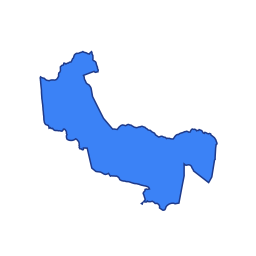 Esplanada, Bahia, Brazil (Robinson projection), rotated 147°
{"feature_id": "56859067B16416208694581", "entity_name": "Esplanada", "entity_type": "district", "adm_level": 2, "iso_a3": "BRA", "parent_name": "Brazil", "parent_adm1": "Bahia", "projection": "robinson", "projection_center": [-37.881, -11.95], "detail": "fine", "context": "isolated", "style": "filled", "palette": "blue", "viewbox_px": 256, "rotation_deg": 147, "n_neighbors": 0, "source": "geoboundaries", "source_scale": "gbopen_adm2", "svg_char_len": 4844}
<svg xmlns="http://www.w3.org/2000/svg" viewBox="0 0 256 256"><g transform="rotate(147 128 128)"><path d="M84.4,41.3L72.9,54.0L71.9,54.3L71.4,55.3L65.3,63.6L63.0,66.2L62.0,66.2L61.5,67.3L61.2,68.8L60.8,70.3L60.8,71.4L60.8,72.8L61.4,74.6L61.7,75.6L62.2,76.7L61.9,78.0L62.5,79.0L63.7,79.3L64.6,80.4L65.3,81.8L66.0,82.5L67.0,82.0L67.6,83.0L67.6,84.0L67.6,85.7L68.5,86.9L69.2,87.9L70.1,87.5L71.1,88.1L72.0,88.3L72.1,89.7L72.8,90.7L73.7,91.0L74.7,92.2L75.9,92.0L76.8,91.6L78.1,90.8L79.2,91.3L79.8,92.4L80.5,93.3L81.3,93.5L82.4,94.0L83.5,94.2L84.4,94.3L85.4,94.6L86.3,94.9L87.9,95.2L89.3,95.1L90.0,95.6L91.0,95.8L92.0,95.7L92.8,95.5L93.7,95.2L94.7,94.7L96.2,94.2L97.1,94.9L97.9,95.5L98.8,96.7L99.8,97.3L100.6,98.0L101.4,98.1L101.6,99.2L102.0,100.1L102.8,100.7L103.3,101.4L103.9,102.5L104.8,103.1L105.9,103.3L107.1,103.6L107.8,105.0L108.2,106.3L108.7,107.1L108.6,108.2L108.6,109.3L109.4,110.6L110.0,111.7L110.3,112.8L110.6,113.9L111.3,114.4L112.2,115.4L112.6,117.2L113.2,118.2L113.4,119.4L114.4,120.5L115.0,121.5L116.1,122.2L117.2,122.3L118.1,122.9L119.6,123.2L121.0,123.8L121.5,124.5L122.3,125.3L122.8,126.4L123.4,127.4L123.6,128.3L124.3,129.1L125.0,129.7L125.5,130.6L126.7,131.2L127.9,131.1L128.8,131.3L129.4,132.0L130.1,132.8L131.0,133.6L132.3,133.9L133.6,133.8L135.1,133.6L136.5,133.1L137.8,132.6L139.1,133.7L140.3,134.8L141.5,135.4L143.3,149.5L142.7,155.2L140.6,173.7L137.6,180.7L137.2,181.9L137.1,183.3L137.2,184.5L137.3,185.6L138.0,186.7L138.5,188.3L138.3,189.7L138.1,190.7L138.0,192.3L137.6,193.5L136.9,194.8L136.7,196.4L125.6,194.0L125.4,193.0L124.7,192.2L123.5,192.0L122.7,191.5L121.4,192.8L121.2,194.4L120.5,195.7L120.2,197.4L119.8,198.8L119.3,200.0L119.2,201.2L119.7,202.4L120.3,203.7L120.2,204.8L119.3,205.6L118.8,206.7L118.1,207.6L117.9,208.8L117.8,209.8L117.2,210.7L117.0,211.9L118.0,211.8L119.1,211.6L120.1,211.1L121.3,212.3L122.0,213.7L123.0,214.8L123.9,215.8L124.2,216.7L125.6,216.8L127.0,217.3L128.6,217.5L129.7,218.1L130.6,218.7L131.9,218.7L133.3,218.4L134.4,217.5L135.6,216.5L136.9,216.2L138.0,215.4L138.9,214.9L140.0,214.4L141.3,215.1L142.5,214.9L143.5,215.4L144.5,215.4L145.3,215.6L145.8,216.9L146.6,217.3L147.2,216.5L148.1,216.1L149.2,216.5L150.2,216.3L151.3,216.2L151.9,215.4L152.6,214.2L153.5,212.8L154.7,212.0L156.1,211.8L157.2,210.6L158.0,209.2L159.2,208.6L160.6,207.9L162.0,207.7L163.4,208.1L164.5,209.0L165.3,209.5L166.1,210.0L167.2,210.4L168.4,210.6L169.5,211.7L170.4,212.5L170.7,213.6L171.0,214.5L171.2,215.4L172.1,216.2L172.9,217.2L173.5,218.5L174.4,217.8L174.9,216.6L175.5,215.6L176.0,214.5L176.5,213.7L177.2,212.3L178.2,210.4L178.8,209.2L179.5,207.8L180.2,206.5L180.8,205.6L181.4,204.6L182.3,203.0L182.9,201.9L183.5,200.8L184.2,199.6L184.6,198.7L185.2,197.4L185.9,196.1L186.5,194.8L187.1,193.5L187.8,192.3L188.3,191.3L188.9,190.3L189.5,189.2L189.9,188.3L190.6,187.0L191.6,185.2L192.2,183.8L192.8,182.8L193.5,181.6L194.1,180.6L194.5,179.5L195.0,178.5L195.2,177.2L195.2,175.9L194.3,174.6L193.5,173.5L193.7,172.1L194.3,170.8L192.9,170.6L192.8,169.4L191.4,168.7L191.5,167.7L191.2,166.7L190.6,165.7L188.7,164.4L187.8,163.5L187.0,163.1L186.1,162.2L185.1,161.3L183.9,161.5L182.8,162.2L181.8,161.6L181.6,160.4L181.6,159.2L181.8,158.1L182.6,157.0L182.8,155.6L183.8,155.1L184.5,154.1L185.0,152.9L185.2,151.6L184.6,150.6L184.1,149.9L183.4,149.2L182.3,148.4L181.1,147.8L179.9,147.5L178.8,147.3L177.9,147.5L177.3,146.6L177.1,145.7L176.9,144.2L176.9,142.8L177.3,141.9L177.8,140.8L178.5,140.1L178.7,139.1L179.5,138.4L179.7,136.8L178.6,135.9L178.2,134.6L177.2,134.2L176.4,135.5L175.2,134.8L174.0,133.9L173.2,133.3L180.2,114.1L178.6,109.1L177.7,108.2L176.9,107.6L176.2,107.0L175.0,106.0L174.4,104.9L173.7,103.5L173.1,102.3L172.2,101.3L170.3,100.7L169.1,100.6L169.0,97.2L168.0,97.0L167.2,96.3L166.5,95.8L165.5,95.1L164.8,94.5L164.0,94.1L163.4,93.3L163.0,92.3L162.7,90.9L163.0,89.2L162.2,87.6L161.5,86.8L160.7,86.0L159.7,85.3L158.8,84.2L158.1,83.6L157.3,83.1L156.5,82.4L155.6,81.3L154.7,80.1L153.8,79.0L152.9,78.0L152.2,77.4L151.2,76.7L150.2,75.6L149.3,74.7L148.8,73.9L147.8,72.7L146.7,71.6L145.9,70.7L145.0,70.0L144.4,69.2L143.5,68.1L143.1,67.1L143.0,66.1L143.2,65.2L145.2,66.0L145.8,66.8L147.1,67.2L147.9,66.2L148.8,65.9L150.0,65.6L150.9,64.9L151.1,63.9L151.3,62.8L151.8,61.3L152.2,59.5L152.8,58.3L153.8,58.2L154.9,57.6L153.8,56.5L152.7,55.9L151.6,56.3L151.3,55.4L149.6,54.1L147.5,53.3L146.7,51.7L146.3,49.9L145.3,49.3L144.5,48.8L144.0,47.3L143.9,46.2L144.1,45.2L145.1,43.8L143.7,40.3L142.8,39.6L141.7,39.4L140.8,39.8L140.0,40.4L138.8,41.3L137.4,41.7L136.1,41.8L135.0,41.8L133.9,41.6L132.6,41.2L131.5,40.6L130.7,40.1L129.8,38.8L126.2,37.3L113.6,50.5L110.0,54.2L107.0,57.3L100.5,67.3L100.2,66.2L99.7,65.2L98.3,64.6L97.1,64.1L96.4,63.4L95.9,62.5L95.7,61.2L96.0,59.9L96.1,58.6L96.0,57.5L96.4,56.3L90.1,38.3L88.7,39.0L84.4,41.3ZM157.9,57.3L157.5,56.5L156.2,57.5L157.9,57.3Z" fill="#3b82f6" stroke="#1e3a8a" stroke-width="1.5"/></g></svg>